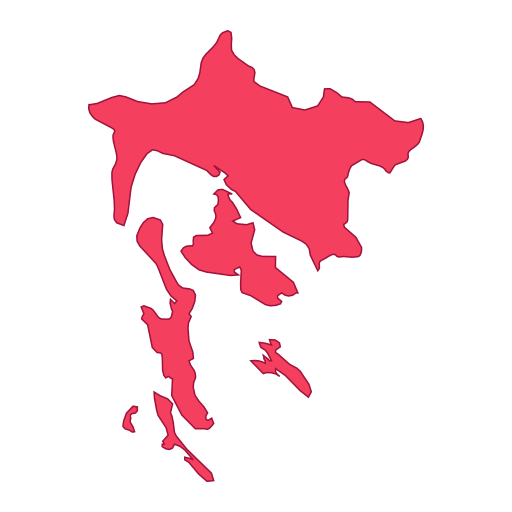 map outline of Primorsko-Goranska (Natural Earth projection)
{"feature_id": "HRV-1586", "entity_name": "Primorsko-Goranska", "entity_type": "County", "adm_level": 1, "iso_a3": "HRV", "parent_name": "Croatia", "parent_adm1": "", "projection": "natural_earth1", "projection_center": [14.596, 45.075], "detail": "fine", "context": "isolated", "style": "filled", "palette": "rose", "viewbox_px": 512, "rotation_deg": 0, "n_neighbors": 0, "source": "natural_earth", "source_scale": "10m", "svg_char_len": 5571}
<svg xmlns="http://www.w3.org/2000/svg" viewBox="0 0 512 512"><path d="M408.3,122.6L420.8,118.5L421.6,119.9L422.8,122.7L423.3,125.5L423.3,127.3L423.2,128.9L422.9,130.9L421.9,134.5L419.4,141.9L418.1,143.8L416.2,145.6L410.4,150.0L408.8,151.6L408.2,153.0L408.0,154.1L408.3,157.4L407.4,159.3L405.4,161.0L395.8,164.6L394.8,165.3L393.7,166.8L389.9,172.9L389.2,172.9L388.1,172.5L385.6,170.7L384.9,169.2L382.8,167.5L379.6,165.9L371.0,163.4L367.4,161.5L365.0,159.8L363.3,159.5L362.0,159.5L351.5,165.8L349.8,168.7L348.2,173.4L347.9,175.5L347.4,176.8L347.0,177.5L346.2,178.2L345.1,178.9L344.5,180.4L344.5,182.4L346.2,186.2L347.5,188.6L348.5,190.7L349.2,192.7L348.0,200.2L347.7,219.9L347.2,221.6L346.2,222.7L345.3,223.5L343.8,224.3L344.0,226.1L344.6,227.4L355.8,237.2L361.5,247.3L361.6,249.3L361.3,252.0L360.2,255.0L359.0,256.2L357.2,256.8L352.0,257.2L343.6,256.5L338.9,257.0L337.7,256.7L336.8,256.2L335.3,254.7L333.7,254.3L331.3,254.8L320.5,261.0L319.6,262.0L319.3,263.3L319.4,268.2L317.9,270.7L317.8,270.8L310.3,255.2L309.2,248.7L306.2,244.2L301.6,241.0L283.2,232.1L250.8,209.6L235.4,191.4L231.3,189.4L226.3,184.6L224.0,179.5L228.1,175.9L224.7,172.7L213.8,165.5L219.1,171.2L220.1,171.9L219.0,174.9L216.5,176.5L213.4,176.4L210.8,174.6L206.6,170.4L174.3,155.7L162.7,153.4L157.3,150.7L152.5,149.8L147.1,153.6L140.8,162.5L135.2,174.1L131.1,187.1L127.9,213.4L123.9,225.6L123.7,225.5L116.9,222.9L115.7,221.5L114.3,219.1L114.0,216.7L114.1,213.3L114.5,209.8L114.2,200.9L112.0,179.8L111.9,173.3L112.2,171.0L112.9,168.8L115.6,163.7L116.8,159.8L116.9,156.9L116.3,153.0L113.5,141.6L113.0,137.8L113.1,134.9L114.0,133.1L114.8,130.9L114.1,129.5L111.4,127.7L95.4,119.3L92.7,116.8L90.0,113.0L89.0,109.9L88.7,108.0L89.0,104.6L89.7,104.7L97.4,103.4L111.7,97.5L119.3,95.5L125.9,96.9L137.8,101.6L151.7,103.9L165.4,102.8L177.0,97.0L182.5,92.3L194.2,84.7L198.2,78.3L199.8,72.9L201.0,64.3L201.2,62.7L203.1,57.9L205.9,54.2L213.4,46.7L216.6,42.6L220.3,34.9L222.6,32.7L224.2,32.1L227.7,30.7L231.0,32.4L231.7,38.2L231.3,45.2L231.6,50.3L234.4,55.1L238.2,58.7L248.5,66.0L250.6,66.8L252.5,67.8L254.3,69.9L254.9,72.8L253.8,79.5L253.9,81.5L259.9,86.0L287.6,96.9L287.7,97.0L292.4,107.6L304.9,110.0L317.7,105.9L323.4,97.0L324.5,88.9L330.0,88.7L336.8,92.7L341.9,97.0L346.3,97.5L349.0,97.9L352.4,99.2L355.3,101.7L369.9,102.0L372.9,104.3L394.8,120.9L408.3,122.6ZM207.6,412.8L205.8,416.2L206.0,419.2L207.9,420.4L211.7,418.2L213.7,423.4L211.6,426.1L209.5,428.3L207.4,429.3L204.1,428.7L195.3,428.7L181.7,414.9L171.7,395.5L172.5,378.8L171.2,378.4L170.3,377.8L169.6,377.2L168.4,376.4L165.7,377.9L163.8,375.2L162.6,370.1L162.3,357.9L161.9,354.3L160.4,352.8L157.2,352.6L152.3,347.5L147.6,324.7L141.7,319.0L142.0,317.4L142.3,316.3L143.9,313.8L141.2,307.0L143.9,305.8L151.0,308.4L153.1,310.1L158.5,317.4L161.3,319.0L166.6,319.2L169.6,318.9L171.4,316.7L172.6,311.3L171.5,309.1L170.1,303.2L170.5,299.4L174.6,303.5L176.8,300.9L170.9,295.9L166.5,289.3L157.5,266.2L155.7,263.2L139.7,245.9L137.1,241.2L136.8,235.7L140.1,227.7L143.4,222.6L147.6,218.8L153.1,217.5L160.4,220.0L162.7,224.4L161.6,239.6L162.4,248.7L164.4,255.6L169.8,269.5L177.1,282.9L178.7,285.1L182.7,288.0L189.6,288.9L193.3,290.5L195.5,295.2L194.7,301.8L192.2,308.6L189.0,313.8L191.2,316.5L188.4,323.1L188.0,328.5L189.0,341.0L192.9,352.2L193.4,358.5L189.0,360.8L190.5,365.0L194.2,370.6L195.3,373.6L195.6,377.6L193.7,382.4L193.2,387.1L195.0,395.4L199.1,401.4L203.8,406.7L207.6,412.8ZM270.5,305.8L265.4,304.6L250.8,295.7L242.1,292.6L240.8,289.8L240.6,283.8L241.3,270.1L239.7,267.0L234.4,269.5L234.4,272.1L238.5,274.9L230.6,275.5L206.6,272.1L199.1,269.9L191.5,264.4L185.1,257.5L181.0,251.1L183.4,247.9L185.9,246.4L188.8,245.9L192.3,245.9L193.4,244.3L193.2,240.7L193.6,237.1L196.4,235.5L207.7,235.3L212.5,233.1L209.8,227.7L213.7,222.7L215.3,219.6L216.0,216.3L215.3,213.3L214.2,210.5L214.5,207.6L217.9,204.4L218.4,200.2L218.1,196.8L216.6,194.7L213.8,194.0L218.1,189.8L222.5,189.4L232.2,194.0L229.1,193.9L228.1,194.0L228.6,196.8L229.6,199.1L230.8,200.8L232.2,202.0L236.6,209.0L240.6,217.6L232.7,221.1L237.2,223.8L246.5,224.7L253.0,222.8L254.7,229.8L251.1,243.1L253.0,251.1L256.8,254.9L262.2,256.4L275.6,256.5L275.4,267.5L293.4,282.3L297.9,292.9L296.1,292.9L292.6,295.2L288.8,296.0L285.1,295.2L281.7,292.9L277.6,295.7L277.6,298.1L281.7,301.4L280.5,303.8L276.1,305.3L270.5,305.8ZM275.6,368.6L275.6,371.6L276.4,373.4L279.7,376.4L275.8,373.9L271.0,372.7L266.5,372.6L263.3,373.6L250.8,360.8L254.6,360.5L258.3,360.8L261.9,361.7L265.2,363.2L265.2,360.8L264.2,359.5L263.9,358.7L263.9,357.6L263.3,355.4L268.2,359.2L269.5,360.8L271.5,360.8L267.7,353.3L265.2,350.1L261.1,347.6L260.4,346.4L259.2,342.4L265.5,343.3L271.5,345.0L270.7,343.5L269.5,339.6L275.2,340.0L279.5,342.9L280.3,346.8L275.6,350.2L275.6,352.6L277.9,354.0L289.7,364.4L297.0,368.3L300.2,371.2L308.9,384.2L311.3,391.8L308.4,397.2L300.0,390.5L285.4,375.5L275.6,368.6ZM187.0,449.4L211.4,473.1L213.7,480.6L207.0,481.3L198.9,474.3L188.9,462.4L184.8,459.8L184.8,457.2L191.1,458.8L193.2,459.8L184.7,449.9L180.1,446.4L174.5,444.2L172.4,448.2L169.3,449.5L165.7,448.8L162.2,446.6L162.2,444.2L164.3,444.2L163.9,443.3L162.7,441.3L168.1,435.2L166.1,427.7L158.1,415.4L156.7,410.4L154.5,398.5L154.1,392.0L160.1,395.7L167.7,398.9L172.6,403.9L170.5,412.8L171.9,416.1L173.2,422.2L174.5,432.5L176.3,436.1L187.0,449.4ZM126.5,413.1L133.0,406.2L137.4,406.9L137.3,410.7L135.5,413.0L131.5,413.8L131.1,414.3L130.5,414.9L130.3,416.3L130.8,418.2L130.2,420.3L130.3,422.4L131.0,423.5L133.0,426.8L134.6,431.7L132.5,432.1L128.9,430.0L125.2,428.9L123.0,426.5L123.3,423.2L123.9,420.4L126.5,413.1Z" fill="#f43f5e" stroke="#9f1239" stroke-width="1.5"/></svg>